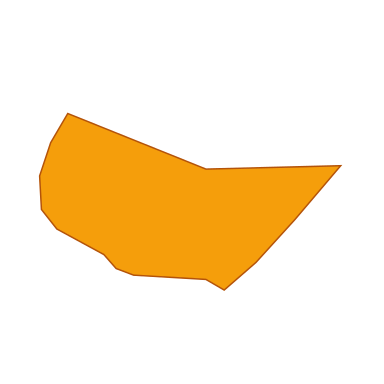 outline of Paul, rotated 168°
{"feature_id": "CPV-5062", "entity_name": "Paul", "entity_type": "state/province", "adm_level": 1, "iso_a3": "CPV", "parent_name": "Cabo Verde", "parent_adm1": "", "projection": "orthographic", "projection_center": [-25.008, 17.112], "detail": "fine", "context": "isolated", "style": "filled", "palette": "amber", "viewbox_px": 384, "rotation_deg": 168, "n_neighbors": 0, "source": "natural_earth", "source_scale": "10m", "svg_char_len": 359}
<svg xmlns="http://www.w3.org/2000/svg" viewBox="0 0 384 384"><g transform="rotate(168 192 192)"><path d="M180.9,89.4L196.6,103.6L266.4,122.8L282.1,132.9L291.2,149.1L331.9,183.9L342.9,206.2L337.7,239.4L320.0,269.6L297.2,294.6L256.0,266.9L173.6,211.5L41.1,186.8L97.0,143.7L144.1,109.8L180.9,89.4Z" fill="#f59e0b" stroke="#b45309" stroke-width="1.5"/></g></svg>